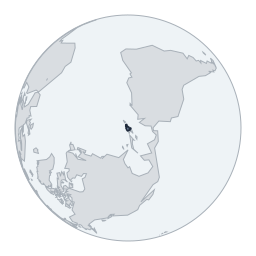 Dominican Republic highlighted on a globe, orthographic projection, rotated 233°
{"feature_id": "DOM", "entity_name": "Dominican Republic", "entity_type": "country or territory", "adm_level": 0, "iso_a3": "DOM", "parent_name": "North America", "parent_adm1": "", "projection": "orthographic", "projection_center": [-70.506, 18.775], "detail": "fine", "context": "on_globe", "style": "filled", "palette": "slate", "viewbox_px": 256, "rotation_deg": 233, "n_neighbors": 0, "source": "natural_earth", "source_scale": "50m", "svg_char_len": 9827}
<svg xmlns="http://www.w3.org/2000/svg" viewBox="0 0 256 256"><g transform="rotate(233 128 128)"><circle cx="128" cy="128" r="113" fill="#eef3f6" stroke="#a8b0b8"/><path d="M113.1,148.1L110.5,146.8L107.9,150.0L99.0,144.1L96.0,137.2L69.8,123.4L67.3,119.5L67.7,113.9L61.2,93.9L62.9,111.9L60.0,108.0L58.1,101.3L59.7,100.0L59.2,90.7L56.9,86.6L58.6,75.3L67.1,62.7L67.5,65.0L69.5,62.0L69.1,59.0L68.4,57.8L74.7,46.0L74.7,38.9L70.9,39.3L74.7,37.5L65.0,40.3L62.6,39.7L67.7,38.9L70.0,37.8L69.5,36.4L71.7,35.0L72.7,33.7L75.5,32.2L78.2,32.3L80.0,31.4L79.6,30.6L82.0,28.8L82.4,30.2L86.7,27.4L92.1,27.7L91.0,33.8L96.2,34.0L101.1,40.5L102.9,39.1L106.0,41.2L109.2,40.5L109.2,42.2L111.8,40.2L111.2,38.8L112.1,37.6L114.0,37.1L114.3,39.1L113.4,39.6L114.5,40.0L113.8,41.3L115.2,40.4L115.4,43.1L118.0,39.9L120.4,41.6L119.7,43.6L116.2,44.1L105.9,51.0L104.2,53.7L105.3,56.8L114.9,60.8L114.4,63.8L116.5,67.3L118.4,65.1L117.4,61.7L121.5,58.9L119.9,55.4L121.3,53.9L121.1,50.3L125.0,50.2L128.9,52.2L129.2,55.3L131.0,56.4L133.8,53.2L137.5,59.1L145.1,63.5L145.7,65.3L141.1,68.8L133.2,69.2L127.2,75.0L135.0,70.8L136.2,75.9L138.0,76.7L140.2,76.4L141.3,74.3L142.6,76.2L135.3,80.7L134.1,79.1L136.4,77.6L132.7,77.9L127.8,81.6L128.8,84.2L120.4,88.0L121.0,90.1L119.5,92.2L119.1,88.6L119.7,95.4L109.9,102.8L110.5,114.9L105.7,105.4L101.4,104.1L96.2,104.0L96.1,106.0L89.2,104.0L82.8,107.7L80.1,117.0L82.3,124.6L90.0,125.5L92.4,121.6L98.2,121.2L93.8,131.9L103.7,134.0L102.6,142.1L105.4,146.4L110.5,145.5L115.7,147.6L119.5,143.0L125.6,140.4L125.7,147.0L129.1,141.0L132.5,144.1L144.6,143.4L143.7,144.9L153.9,152.0L164.9,154.3L167.5,158.7L166.2,161.7L170.0,162.1L170.0,163.9L185.1,164.5L192.7,167.6L192.4,173.9L185.9,182.1L179.5,197.1L167.7,203.2L164.4,208.7L154.7,216.9L147.6,216.9L149.4,220.2L145.2,222.4L140.5,222.8L139.5,225.1L136.0,225.3L138.2,226.6L132.4,229.5L133.9,231.5L129.7,233.5L130.8,234.6L129.3,234.5L127.6,234.9L127.4,235.5L122.7,234.5L121.4,231.9L123.1,230.6L121.1,230.3L124.8,226.6L122.5,227.4L123.2,221.3L126.5,215.8L128.6,198.2L126.2,194.4L117.5,189.9L107.1,174.8L109.9,168.7L107.6,165.6L115.0,156.8L113.1,148.1ZM21.8,96.3L22.7,93.8L22.4,95.8L21.8,96.3ZM23.1,92.1L22.8,92.9L23.0,92.1L23.1,92.1ZM23.2,91.3L23.1,91.9L23.1,91.5L23.2,91.3ZM23.2,90.6L23.2,90.9L23.2,91.0L23.2,90.6ZM109.8,119.0L121.2,125.0L114.6,125.6L115.9,124.6L113.0,122.1L107.6,119.8L101.9,120.8L109.8,119.0ZM23.5,88.9L23.6,88.4L23.5,88.9ZM115.2,112.4L113.2,111.9L115.2,111.9L115.2,112.4ZM67.7,57.6L68.9,59.2L68.4,62.6L67.1,61.4L67.7,57.6ZM68.9,51.7L70.1,51.8L67.8,54.6L67.8,53.7L68.9,51.7ZM67.7,40.1L68.3,40.8L67.0,40.6L67.7,40.1ZM72.4,33.8L71.5,34.1L72.5,33.3L72.4,33.8ZM119.0,50.6L120.0,50.4L119.5,51.2L119.0,50.6ZM117.9,49.2L116.6,50.2L115.8,49.7L116.7,49.2L117.9,49.2ZM77.5,30.4L79.2,29.2L77.9,30.4L77.5,30.4ZM119.7,48.2L114.8,48.8L113.6,48.0L115.7,45.1L119.7,48.2ZM80.5,28.5L84.7,25.9L83.1,26.2L89.9,24.1L84.1,26.8L82.8,28.2L82.2,27.9L80.5,28.5ZM110.2,38.6L110.9,40.1L108.6,39.3L110.2,38.6ZM108.5,38.4L100.0,38.5L99.8,36.3L102.7,36.6L101.2,34.4L105.3,33.2L107.0,34.2L106.3,35.8L108.4,34.2L108.5,38.4ZM93.0,23.5L94.4,23.0L93.4,23.6L93.0,23.5ZM112.3,37.0L110.6,37.1L110.4,35.2L113.8,34.7L112.8,35.4L112.3,37.0ZM98.7,34.4L99.1,33.1L102.6,31.7L103.2,31.0L105.3,33.0L98.7,34.4ZM113.8,35.6L115.5,34.5L117.3,35.0L114.0,36.8L113.8,35.6ZM108.9,35.0L109.0,34.1L110.0,34.4L108.9,35.0ZM124.7,36.8L122.6,36.7L122.3,35.7L124.7,36.8ZM116.0,34.0L115.4,33.8L115.0,33.5L116.5,32.9L116.0,34.0ZM107.6,32.1L109.0,31.9L106.9,31.2L109.4,30.3L110.4,31.9L111.0,30.8L111.8,30.6L111.7,32.2L107.6,32.1ZM116.9,31.2L119.0,33.2L122.9,33.4L123.3,34.3L117.0,33.9L116.9,31.2ZM113.9,31.6L115.9,31.6L115.3,32.6L113.6,33.3L113.9,31.6ZM110.8,29.2L106.7,30.1L106.6,29.8L110.8,29.2ZM118.2,31.1L117.6,30.6L118.5,31.0L118.2,31.1ZM113.1,29.5L111.7,29.8L111.7,29.4L113.1,29.5ZM117.8,29.5L118.4,30.1L117.3,30.6L117.8,29.5ZM115.7,29.4L116.0,28.7L116.5,30.4L115.1,29.5L115.7,29.4ZM113.3,29.1L112.8,28.9L113.9,29.0L113.3,29.1ZM121.6,27.7L122.5,29.7L120.0,30.5L119.5,28.5L121.6,27.7ZM130.6,236.5L123.1,234.8L127.3,235.6L130.2,234.8L134.2,235.9L130.6,236.5ZM139.3,234.0L142.7,233.3L143.5,233.5L141.3,234.1L139.3,234.0ZM215.4,56.9L217.4,60.2L214.4,57.0L209.2,50.1L207.9,48.6L215.4,56.9ZM204.3,45.1L203.8,44.7L200.0,41.4L203.0,44.2L204.1,45.0L206.0,47.0L205.2,46.4L203.9,45.2L203.9,45.7L210.1,52.0L211.8,53.5L213.8,57.6L216.9,60.6L218.5,63.2L214.0,59.1L212.1,57.0L206.1,54.4L208.3,56.9L214.1,59.7L213.6,60.1L216.6,64.1L214.0,61.4L207.1,58.2L206.9,62.6L212.0,75.0L210.7,77.7L207.3,77.8L200.1,68.0L203.7,63.2L201.2,60.2L195.9,57.7L197.4,56.6L195.7,55.1L196.6,53.4L193.4,48.3L193.6,46.5L188.1,42.2L187.4,40.8L190.9,43.7L193.5,44.9L193.5,41.2L192.3,39.8L188.6,37.4L189.1,36.9L185.6,35.2L183.5,32.6L183.1,34.4L178.8,32.2L175.2,29.7L173.7,29.4L179.6,33.7L182.0,35.1L184.2,35.8L190.7,40.8L191.6,42.6L184.5,39.1L185.0,41.5L179.2,38.1L166.9,28.0L163.9,25.3L168.2,24.4L171.3,25.8L171.4,26.7L175.3,27.5L173.1,26.6L173.5,26.4L169.5,24.7L169.6,24.4L165.6,23.3L165.3,22.9L167.8,23.6L161.6,21.2L159.7,20.2L158.3,19.8L157.3,19.7L155.6,18.8L154.6,18.6L154.7,18.8L152.9,18.5L148.9,17.8L148.6,17.6L149.9,17.8L152.3,18.0L155.3,18.7L163.0,20.9L170.5,23.7L177.9,27.0L184.9,30.8L191.7,35.1L198.2,39.9L204.3,45.1ZM152.7,18.1L152.1,18.0L149.3,17.6L147.0,17.3L147.9,17.3L147.4,17.3L146.1,17.0L144.6,16.7L143.4,16.7L130.2,16.1L125.8,15.8L128.1,15.5L118.4,15.9L114.2,16.2L114.4,16.2L109.9,16.9L111.2,16.8L110.9,16.9L99.9,19.5L97.1,20.2L92.5,22.1L94.5,21.7L89.9,24.1L83.1,26.2L83.2,25.8L78.9,27.7L79.9,26.6L78.6,26.9L82.2,25.1L84.8,24.0L85.5,23.8L85.3,23.8L93.3,20.8L101.6,18.5L110.0,16.8L118.6,15.8L127.1,15.4L135.7,15.6L144.3,16.5L152.7,18.1ZM233.4,167.8L234.9,163.3L237.6,153.9L238.7,147.8L238.7,136.8L238.9,128.4L238.2,126.0L237.2,128.6L236.1,125.8L235.2,126.8L227.7,136.6L223.7,133.9L214.9,122.0L215.0,114.9L212.1,108.2L210.6,78.3L213.6,77.5L216.2,68.3L217.1,68.2L220.4,73.5L225.3,74.5L222.6,69.1L223.4,68.2L222.6,66.8L226.7,73.8L230.4,81.0L233.5,88.5L236.1,96.2L238.1,104.0L239.5,112.0L240.4,120.1L240.6,128.1L240.3,136.2L239.5,144.3L238.0,152.3L236.0,160.1L233.4,167.8ZM215.0,91.5L216.0,93.6L215.0,91.5ZM145.0,143.3L146.4,144.5L144.5,144.6L145.0,143.3ZM113.7,128.3L116.1,128.5L117.4,129.6L115.5,129.9L113.7,128.3ZM134.3,128.4L137.2,128.9L134.2,129.6L134.3,128.4ZM123.0,125.7L132.1,128.3L126.3,130.3L120.6,128.8L124.6,128.2L123.0,125.7ZM113.9,116.3L115.4,116.8L114.9,118.0L113.9,116.3ZM116.6,112.5L116.0,112.6L115.3,111.5L116.6,112.5ZM136.6,75.6L137.2,75.3L139.5,75.4L138.4,76.3L136.6,75.6ZM149.5,71.1L151.2,74.2L149.2,72.5L148.1,74.1L142.5,72.7L145.7,66.2L145.2,69.3L149.5,71.1ZM136.0,69.5L139.2,70.8L135.6,69.7L136.0,69.5ZM185.3,49.9L187.1,50.1L189.0,52.0L188.6,55.2L186.0,52.3L185.3,49.9ZM189.2,49.9L182.2,46.0L182.2,44.2L183.4,45.8L184.0,45.0L186.2,47.4L192.9,49.8L195.0,51.8L193.3,56.0L192.7,53.4L191.0,53.3L189.2,49.9ZM164.6,42.2L161.6,41.2L165.3,38.3L167.7,39.6L167.5,42.6L164.6,42.9L164.6,42.2ZM124.5,43.4L123.1,43.8L123.0,43.1L124.1,42.3L124.5,43.4ZM123.7,36.8L130.5,41.2L129.2,41.8L134.7,44.0L133.5,46.6L130.0,45.0L133.1,48.8L129.5,48.4L132.0,50.9L124.4,47.1L121.2,47.1L125.2,46.0L126.4,43.6L125.9,42.6L122.4,39.8L116.2,39.1L116.4,36.9L118.2,35.5L119.7,35.3L119.1,36.8L121.5,35.5L121.8,37.5L123.7,36.8ZM138.9,25.2L137.5,26.2L142.5,25.5L142.8,26.9L143.4,26.7L145.0,27.9L148.0,29.1L147.6,29.8L148.9,30.0L150.1,30.9L151.7,31.5L151.6,33.0L153.7,33.9L152.5,34.1L156.0,35.3L153.3,35.1L154.5,36.4L156.5,35.9L151.9,43.9L152.0,48.0L153.6,51.6L148.8,51.2L144.2,47.7L140.4,43.2L141.0,39.5L138.7,40.2L138.3,38.7L140.3,38.8L137.0,37.8L137.2,36.7L133.8,33.6L128.9,33.2L127.6,32.2L129.6,31.8L126.9,31.2L129.7,29.8L128.8,29.2L130.8,27.3L135.2,27.2L133.8,26.5L135.2,25.3L138.9,25.2ZM122.3,27.2L127.5,26.4L130.2,26.8L125.7,29.9L126.1,30.7L123.3,33.0L119.4,32.3L120.6,31.7L120.8,31.0L121.9,31.4L121.2,30.5L122.8,29.7L122.6,28.8L124.3,28.7L122.3,27.2ZM216.0,65.6L216.3,65.2L216.3,64.0L218.1,66.6L216.0,65.6ZM211.4,63.5L211.4,62.6L214.0,65.4L213.7,66.0L211.4,63.5ZM209.1,59.9L211.2,62.3L209.9,61.4L209.1,59.9ZM190.6,42.9L190.3,42.0L191.2,42.4L192.4,43.5L190.6,42.9ZM153.7,24.5L152.5,24.7L151.8,24.4L148.0,24.1L147.4,23.2L149.6,23.1L153.7,24.5ZM218.1,60.4L218.2,60.5L217.9,60.1L217.3,59.4L217.0,58.9L218.1,60.4ZM219.2,63.6L219.6,63.4L219.7,64.3L219.2,63.6ZM152.5,23.5L150.9,23.4L151.6,23.0L152.5,23.5ZM146.9,22.6L147.3,22.1L146.9,23.1L146.9,22.6ZM145.7,17.9L151.7,19.2L155.6,19.9L157.3,20.0L157.5,20.6L151.4,19.4L145.7,17.9ZM132.1,16.2L130.7,16.5L129.6,16.3L129.8,16.2L132.1,16.2ZM132.5,16.5L133.9,17.1L132.0,17.2L131.2,16.7L132.5,16.5ZM143.4,19.6L145.2,20.0L144.6,20.3L143.4,19.6ZM93.9,22.9L94.3,23.0L93.1,23.3L93.9,22.9ZM111.7,16.9L111.1,17.1L109.8,17.2L111.7,16.9ZM108.8,17.8L110.8,17.5L108.9,17.9L108.8,17.8ZM115.2,16.8L111.7,17.4L114.8,16.7L115.2,16.8Z" fill="#d9dde1" stroke="#a8b0b8" stroke-width="1"/><path d="M125.6,129.4L125.7,129.1L125.7,128.8L125.5,128.7L125.3,128.5L125.2,128.3L125.5,128.3L125.5,128.2L125.7,127.9L125.6,127.7L125.9,127.3L125.9,127.2L125.7,127.0L125.7,126.9L125.8,126.7L125.7,126.2L125.8,126.0L125.9,125.9L126.1,125.8L126.3,125.8L126.6,125.9L126.9,125.8L127.2,125.8L127.4,125.8L127.5,125.9L127.7,126.0L127.8,126.0L128.0,126.0L128.4,126.2L128.6,126.3L128.9,126.2L129.0,126.2L129.1,126.4L129.2,126.6L129.3,126.8L129.4,127.0L130.2,126.9L130.4,127.0L130.2,127.2L129.8,127.1L129.7,127.1L129.6,127.3L129.9,127.3L130.1,127.4L130.3,127.4L130.5,127.5L131.0,127.6L131.4,127.7L131.8,128.1L132.0,128.2L132.0,128.3L131.8,128.7L131.8,128.8L131.6,128.8L131.4,129.1L131.2,129.0L131.1,128.8L130.9,128.7L130.7,128.7L130.3,128.7L130.1,128.7L129.8,128.7L129.6,128.7L129.4,128.6L129.1,128.7L128.9,128.8L128.7,129.0L128.0,129.1L127.9,129.0L127.7,128.9L127.2,128.9L127.0,129.0L126.9,129.0L126.9,129.3L126.6,129.8L126.4,130.1L126.1,130.1L125.9,130.0L125.8,129.9L125.8,129.7L125.7,129.5L125.6,129.4Z" fill="#64748b" stroke="#1e293b" stroke-width="1.5"/></g></svg>